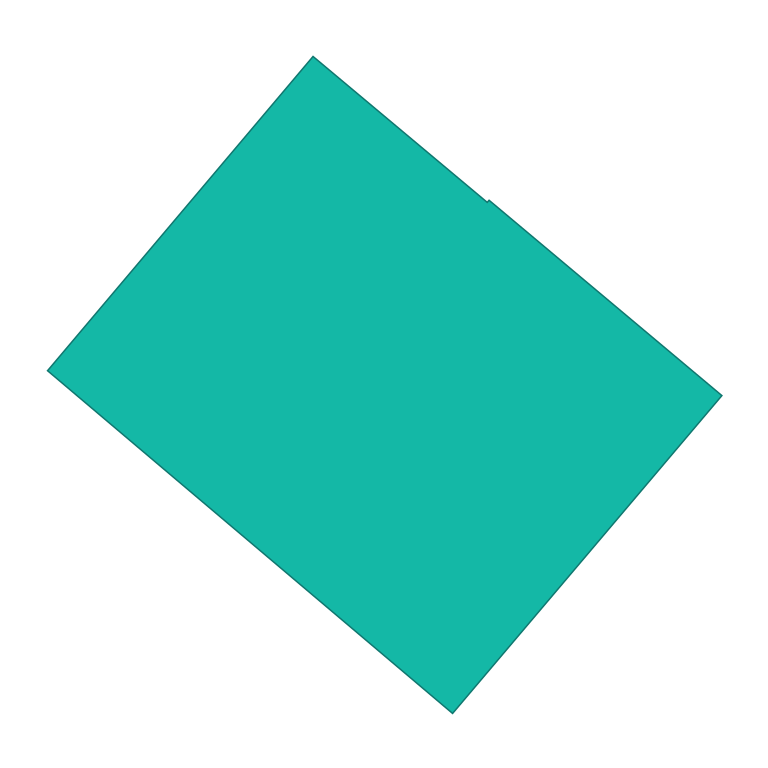 Childress, Texas, United States of America (Natural Earth projection), rotated 310°
{"feature_id": "52423323B84755136262127", "entity_name": "Childress", "entity_type": "district", "adm_level": 2, "iso_a3": "USA", "parent_name": "United States of America", "parent_adm1": "Texas", "projection": "natural_earth1", "projection_center": [-100.178, 34.53], "detail": "fine", "context": "isolated", "style": "filled", "palette": "teal", "viewbox_px": 768, "rotation_deg": 310, "n_neighbors": 0, "source": "geoboundaries", "source_scale": "gbopen_adm2", "svg_char_len": 255}
<svg xmlns="http://www.w3.org/2000/svg" viewBox="0 0 768 768"><g transform="rotate(310 384 384)"><path d="M177.9,117.7L175.7,648.3L592.3,650.3L592.3,346.4L589.5,346.3L589.3,119.1L177.9,117.7Z" fill="#14b8a6" stroke="#0f766e" stroke-width="1.5"/></g></svg>